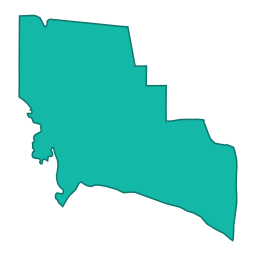 Prey Veng, Prey Vêng, Cambodia
{"feature_id": "14789045B86524925966817", "entity_name": "Prey Veng", "entity_type": "district", "adm_level": 2, "iso_a3": "KHM", "parent_name": "Cambodia", "parent_adm1": "Prey Vêng", "projection": "robinson", "projection_center": [105.325, 11.475], "detail": "fine", "context": "isolated", "style": "filled", "palette": "teal", "viewbox_px": 256, "rotation_deg": 0, "n_neighbors": 0, "source": "geoboundaries", "source_scale": "gbopen_adm2", "svg_char_len": 2117}
<svg xmlns="http://www.w3.org/2000/svg" viewBox="0 0 256 256"><path d="M232.7,240.6L233.2,239.3L233.3,236.7L233.6,232.0L233.7,225.3L234.6,218.9L235.7,210.2L236.7,202.7L236.6,193.9L236.1,184.2L236.5,173.0L236.9,165.7L236.4,158.3L234.8,151.6L233.6,147.4L230.8,146.2L226.6,144.6L225.6,145.2L220.3,144.3L214.8,143.2L210.3,138.6L207.9,132.7L205.6,126.2L203.8,121.9L204.0,120.2L202.9,119.7L200.0,119.6L196.2,119.3L192.2,119.5L187.0,119.4L181.1,119.5L175.7,120.3L171.2,121.1L166.1,121.1L166.0,105.5L166.2,85.6L150.4,85.7L146.3,85.6L146.3,77.8L146.5,66.0L135.1,66.2L127.8,26.8L121.2,26.4L50.6,19.3L49.1,19.6L47.3,21.0L47.1,24.6L45.5,26.9L43.9,25.4L40.0,17.8L36.1,16.0L33.5,15.4L19.5,16.0L19.2,66.0L19.3,81.7L19.1,96.9L21.2,98.4L24.0,100.4L26.8,102.9L29.3,105.9L31.1,108.1L30.3,109.9L31.5,110.5L32.1,112.2L31.0,113.7L29.0,113.4L27.4,113.6L27.8,115.2L28.8,116.7L29.7,117.5L31.3,117.4L32.1,118.8L33.0,121.4L33.9,122.7L35.6,123.0L37.9,123.5L40.5,124.5L41.3,126.3L40.5,127.7L41.4,129.7L40.9,131.5L39.9,132.6L38.8,132.6L37.4,133.9L36.1,134.0L34.1,136.1L33.6,138.1L34.5,140.7L33.8,141.9L32.5,142.8L32.8,146.1L32.5,147.8L33.6,149.2L34.5,151.1L32.7,152.2L32.4,153.6L32.2,155.7L33.1,157.5L35.7,158.3L37.9,158.4L39.4,158.9L40.3,159.7L40.2,161.1L39.7,162.5L40.6,163.8L41.9,163.7L42.5,162.3L42.5,160.2L43.9,159.1L45.3,159.5L47.6,160.9L48.0,158.0L48.1,156.8L49.7,156.1L50.7,156.5L52.0,156.1L52.7,154.3L52.3,153.1L51.9,151.7L51.0,150.0L52.1,148.0L53.1,147.4L53.8,148.7L54.2,150.4L54.9,153.2L55.6,155.3L56.2,156.9L56.9,158.5L57.5,159.7L57.9,163.2L58.0,166.6L57.3,171.7L56.5,175.5L57.0,180.4L57.9,183.7L59.9,187.0L62.3,189.1L63.6,190.4L63.2,192.4L62.8,193.7L60.1,193.6L58.1,193.1L56.8,193.1L55.7,194.4L55.4,196.0L55.8,198.6L57.5,200.1L59.1,203.2L62.8,206.5L66.2,200.4L68.9,196.2L75.9,189.3L79.0,183.3L81.2,181.9L84.6,184.4L86.3,185.3L88.0,185.9L91.2,186.5L94.5,185.2L97.9,185.0L105.0,186.0L116.5,189.3L123.6,192.7L130.0,192.1L134.8,192.2L140.0,194.1L153.3,198.9L166.5,203.7L179.8,207.1L187.5,211.1L193.3,212.8L201.0,216.9L207.0,223.9L214.8,228.8L223.9,233.4L229.5,238.3L232.7,240.6Z" fill="#14b8a6" stroke="#0f766e" stroke-width="1.5"/></svg>